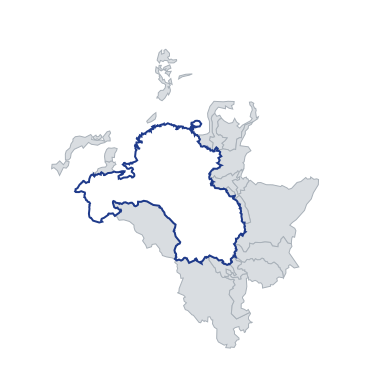 China highlighted, Albers equal-area conic projection, rotated 215°
{"feature_id": "CHN", "entity_name": "China", "entity_type": "country or territory", "adm_level": 0, "iso_a3": "CHN", "parent_name": "Asia", "parent_adm1": "", "projection": "albers", "projection_center": [106.815, 35.887], "detail": "fine", "context": "with_neighbors", "style": "outline", "palette": "blue", "viewbox_px": 384, "rotation_deg": 215, "n_neighbors": 20, "source": "natural_earth", "source_scale": "50m", "svg_char_len": 18957}
<svg xmlns="http://www.w3.org/2000/svg" viewBox="0 0 384 384"><g transform="rotate(215 192 192)"><path d="M166.5,127.0L164.1,129.1L161.9,129.1L160.9,132.9L159.1,134.3L154.3,131.8L150.7,138.2L143.5,138.9L144.1,146.2L142.0,146.7L141.6,148.9L140.0,147.9L139.1,146.1L130.7,143.1L129.6,143.2L126.3,140.3L124.5,140.6L123.3,142.7L119.4,139.8L117.5,139.7L116.3,141.1L109.9,142.4L107.7,144.6L106.7,144.2L106.7,142.2L103.3,140.6L104.0,137.4L102.8,136.8L104.6,133.2L102.6,129.2L94.9,126.6L94.1,122.2L90.0,114.9L82.7,113.6L75.6,126.5L74.3,125.9L74.1,122.2L72.9,120.3L69.7,119.3L68.0,119.8L68.3,118.9L69.8,117.8L70.0,116.4L68.0,113.5L68.8,109.8L68.0,108.1L68.6,107.0L70.7,108.7L72.3,106.3L74.6,107.0L76.4,108.7L78.8,105.7L79.6,103.4L77.2,102.1L75.8,100.1L69.7,99.3L68.9,98.0L70.2,96.5L70.3,93.3L68.6,92.3L68.3,88.9L71.2,87.3L71.0,86.2L75.1,83.9L76.0,87.2L77.8,85.0L84.4,84.3L87.8,86.2L93.0,94.1L96.1,94.0L99.6,95.8L101.6,99.1L102.7,98.4L105.8,100.1L107.2,98.7L104.7,94.6L107.7,94.0L107.7,92.9L110.3,93.0L109.9,89.9L111.4,89.2L120.1,91.8L121.5,91.4L127.5,92.5L130.0,91.8L133.7,94.1L133.0,98.0L135.7,98.0L138.1,100.2L137.2,102.1L139.5,102.6L146.3,101.1L145.1,102.0L147.2,105.7L149.8,116.5L151.6,114.9L154.4,117.9L158.2,117.8L159.3,118.8L160.0,121.3L161.6,122.4L162.3,124.2L165.6,124.4L166.5,127.0Z" fill="#d9dde1" stroke="#a8b0b8" stroke-width="1"/><path d="M75.6,126.5L82.7,113.6L90.0,114.9L94.1,122.2L94.9,126.6L102.6,129.2L104.6,133.2L102.8,136.8L104.0,137.4L103.3,140.6L106.7,142.2L106.7,144.2L107.7,144.6L109.9,142.4L116.3,141.1L116.9,141.8L113.8,143.3L115.2,145.5L117.5,145.3L120.0,148.4L115.5,149.8L112.4,148.4L112.4,147.2L113.6,145.7L109.7,145.1L105.7,148.7L103.5,147.6L102.1,148.9L103.8,150.6L103.3,153.6L100.2,156.7L96.8,154.4L97.8,152.2L92.8,145.9L89.9,139.5L90.4,135.1L89.9,134.1L87.0,132.8L86.4,131.6L87.5,128.6L85.1,125.0L81.9,125.9L79.1,126.0L78.5,128.0L75.6,126.5Z" fill="#d9dde1" stroke="#a8b0b8" stroke-width="1"/><path d="M210.0,269.3L206.3,268.7L201.2,269.2L198.5,272.2L199.3,276.8L195.7,274.9L192.3,274.8L193.1,271.9L189.6,271.7L189.0,275.7L184.8,284.1L184.9,286.8L187.6,287.1L189.1,290.6L189.6,293.7L191.8,295.9L194.4,296.5L196.5,298.5L195.0,299.9L192.2,300.1L191.9,298.3L188.6,296.5L187.8,297.1L186.2,295.6L185.6,293.8L181.7,289.7L180.8,291.8L180.2,289.7L182.4,284.1L187.1,277.2L185.8,273.7L185.7,269.8L182.6,264.7L184.0,264.1L185.6,260.9L180.6,251.8L182.2,251.2L184.3,247.2L186.9,247.3L191.4,245.0L193.0,246.3L193.0,248.7L195.6,249.0L194.4,253.0L194.3,256.4L198.4,254.3L199.5,255.1L201.8,255.0L202.6,253.7L205.5,254.1L208.3,257.3L208.4,261.0L211.5,264.4L211.3,267.6L210.0,269.3Z" fill="#d9dde1" stroke="#a8b0b8" stroke-width="1"/><path d="M218.6,269.6L215.1,268.2L213.3,270.8L210.0,269.3L211.3,267.6L211.5,264.4L208.4,261.0L208.3,257.3L205.5,254.1L202.6,253.7L201.8,255.0L199.5,255.1L198.4,254.3L194.3,256.4L194.4,253.0L195.6,249.0L193.0,248.7L193.0,246.3L191.4,245.0L192.3,243.7L195.6,241.3L195.9,242.3L197.8,242.5L197.5,238.0L199.4,237.5L203.0,244.3L207.5,244.5L208.9,247.9L206.5,248.8L205.3,250.2L209.8,252.6L215.3,260.5L218.3,263.1L219.3,265.8L218.6,269.6Z" fill="#d9dde1" stroke="#a8b0b8" stroke-width="1"/><path d="M191.4,245.0L186.9,247.3L184.3,247.2L182.2,251.2L180.6,251.8L185.6,260.9L184.0,264.1L182.6,264.7L185.7,269.8L185.8,273.7L187.1,277.2L182.4,284.1L182.2,281.3L183.7,278.6L182.5,276.3L183.2,272.3L181.7,270.2L180.6,260.8L179.2,257.5L171.8,261.3L167.4,259.6L169.3,255.0L168.9,251.4L166.6,246.6L167.2,245.3L165.1,244.5L162.9,241.0L163.1,237.9L164.3,238.7L164.8,235.9L166.7,235.3L166.5,233.6L167.5,232.4L168.2,228.4L170.9,229.6L172.9,226.6L173.3,224.7L175.6,221.7L175.8,219.4L180.5,217.2L182.9,218.2L182.9,215.7L184.1,215.1L184.0,213.6L186.0,213.5L187.0,215.9L188.4,217.0L187.8,223.2L184.2,226.2L183.4,230.8L187.2,230.5L187.8,234.2L190.0,235.1L188.7,238.2L192.8,240.7L195.6,239.7L195.6,241.3L192.3,243.7L191.4,245.0Z" fill="#d9dde1" stroke="#a8b0b8" stroke-width="1"/><path d="M206.2,283.3L209.7,281.9L214.0,281.7L212.3,279.4L219.1,276.6L219.5,272.1L218.6,269.6L219.3,265.8L218.3,263.1L215.3,260.5L209.8,252.6L205.3,250.2L206.5,248.8L208.9,247.9L207.5,244.5L203.0,244.3L199.4,237.5L201.4,236.7L207.9,236.5L211.0,234.4L212.7,235.9L216.0,236.6L215.4,238.9L217.2,240.5L220.9,241.5L216.0,244.8L212.8,248.4L212.0,251.1L218.4,260.1L222.0,262.5L224.4,265.5L226.4,272.4L226.0,278.9L218.0,283.9L214.6,286.9L209.4,290.3L208.0,287.9L209.2,285.4L206.2,283.3Z" fill="#d9dde1" stroke="#a8b0b8" stroke-width="1"/><path d="M281.2,148.8L284.1,151.3L283.0,151.3L281.5,154.4L282.3,157.2L279.9,160.6L277.1,162.9L277.1,165.2L280.4,166.9L280.2,167.9L276.9,169.1L276.1,171.1L274.7,171.6L273.1,171.1L272.1,172.4L271.8,171.7L270.1,171.0L271.2,168.6L270.8,167.9L271.1,165.6L270.8,165.0L267.5,164.1L269.4,161.2L272.1,158.4L273.5,155.3L275.1,156.2L277.6,155.9L276.7,153.9L280.6,151.3L281.2,148.8Z" fill="#d9dde1" stroke="#a8b0b8" stroke-width="1"/><path d="M274.7,171.6L276.1,171.1L276.9,169.1L280.2,167.9L280.4,166.9L284.0,170.9L285.3,173.3L286.3,177.8L285.7,180.2L283.1,181.6L281.0,183.7L278.2,184.6L277.5,182.5L277.4,179.5L275.3,175.7L277.4,174.6L274.7,171.6Z" fill="#d9dde1" stroke="#a8b0b8" stroke-width="1"/><path d="M167.6,126.9L170.3,126.7L175.7,124.2L179.8,123.0L181.8,124.5L184.4,124.9L185.8,126.9L191.9,128.7L194.6,126.2L193.8,123.9L196.7,120.1L199.4,121.9L204.5,123.7L204.8,126.6L208.3,128.3L214.0,127.2L216.5,127.7L219.0,129.6L220.6,131.6L226.3,132.0L231.9,130.1L235.5,127.1L237.0,127.4L238.5,128.6L241.5,128.0L239.0,135.1L239.8,136.6L241.3,136.0L243.9,136.3L245.8,134.7L248.0,135.7L250.7,138.1L250.6,139.5L248.5,139.3L244.7,140.3L242.9,141.6L241.2,144.4L237.2,146.3L234.6,148.5L230.2,147.6L228.9,150.3L230.3,153.0L226.5,156.7L223.2,158.2L219.0,158.4L214.4,159.8L211.0,161.9L209.8,160.6L206.3,160.5L202.2,157.9L199.4,157.2L195.6,157.5L186.7,155.9L185.3,153.3L184.5,149.6L182.8,148.9L179.8,146.1L173.2,143.8L172.5,142.0L174.2,137.6L172.9,134.2L169.5,132.1L167.7,129.7L167.6,126.9Z" fill="#d9dde1" stroke="#a8b0b8" stroke-width="1"/><path d="M184.0,213.6L184.1,215.1L182.9,215.7L182.9,218.2L180.5,217.2L175.8,219.4L175.6,221.7L173.3,224.7L172.9,226.6L170.9,229.6L168.2,228.4L167.5,232.4L166.5,233.6L166.7,235.3L164.8,235.9L163.8,229.5L162.8,229.4L161.9,231.8L160.2,229.5L161.6,227.4L163.3,227.5L165.4,224.4L163.5,223.4L157.0,221.9L157.1,219.2L155.5,218.7L153.1,216.5L151.4,218.9L153.5,221.4L151.1,222.5L150.0,223.7L152.0,225.2L151.0,227.4L151.7,230.5L151.7,233.7L150.9,235.1L143.8,234.5L143.5,237.4L141.1,239.2L135.3,240.6L130.1,244.1L122.5,247.3L122.1,249.0L116.2,249.9L114.4,249.6L112.5,252.1L111.4,260.1L108.8,263.0L107.1,269.1L105.0,268.7L102.5,270.8L103.4,272.4L99.4,272.3L97.4,274.3L95.5,274.8L92.7,270.4L92.1,260.9L90.3,254.7L91.0,247.5L89.3,241.5L90.8,229.0L92.3,224.6L92.9,220.9L87.0,221.2L84.7,219.9L82.0,213.8L84.1,213.1L83.7,211.3L81.0,206.6L84.2,205.1L91.5,207.9L92.0,204.5L90.9,202.0L91.6,199.0L90.1,196.5L95.1,194.0L98.8,195.7L103.5,193.0L106.8,189.9L111.2,187.1L112.0,184.4L115.4,183.1L113.5,180.4L113.4,173.8L115.4,172.7L119.7,175.1L123.2,175.6L127.1,173.3L129.0,178.7L127.8,181.8L128.5,184.1L127.8,186.0L125.7,184.9L125.4,189.3L131.5,196.5L129.0,197.7L126.8,201.0L136.0,209.2L140.5,210.8L142.0,213.2L148.5,215.8L151.4,216.3L152.6,210.7L154.8,210.3L154.5,214.2L157.3,216.2L159.6,215.9L165.3,217.0L165.9,214.6L164.7,213.2L167.5,213.1L170.9,210.6L175.1,208.6L177.8,209.9L180.4,208.5L181.7,211.1L180.4,212.6L184.0,213.6Z" fill="#d9dde1" stroke="#a8b0b8" stroke-width="1"/><path d="M164.8,235.9L164.3,238.7L163.1,237.9L162.9,241.0L161.8,234.9L160.7,232.5L157.4,231.8L157.5,233.4L156.0,235.4L154.6,234.3L153.9,234.9L151.7,233.7L151.7,230.5L151.0,227.4L152.0,225.2L150.0,223.7L151.1,222.5L153.5,221.4L151.4,218.9L153.1,216.5L155.5,218.7L157.1,219.2L157.0,221.9L163.5,223.4L165.4,224.4L163.3,227.5L161.6,227.4L160.2,229.5L161.9,231.8L162.8,229.4L163.8,229.5L164.8,235.9Z" fill="#d9dde1" stroke="#a8b0b8" stroke-width="1"/><path d="M163.3,211.9L165.9,214.6L165.3,217.0L159.6,215.9L157.3,216.2L154.5,214.2L154.6,213.4L157.3,210.9L159.3,210.2L163.3,211.9Z" fill="#d9dde1" stroke="#a8b0b8" stroke-width="1"/><path d="M152.6,210.7L151.4,216.3L148.5,215.8L142.0,213.2L140.5,210.8L136.0,209.2L126.8,201.0L129.0,197.7L133.1,196.0L135.4,197.8L138.1,201.1L139.8,202.1L140.5,204.2L142.9,205.6L145.2,207.9L152.6,210.7Z" fill="#d9dde1" stroke="#a8b0b8" stroke-width="1"/><path d="M127.1,173.3L123.2,175.6L119.7,175.1L115.4,172.7L113.4,173.8L113.5,180.4L115.4,183.1L112.0,184.4L111.2,187.1L106.8,189.9L103.5,193.0L98.8,195.7L95.1,194.0L90.1,196.5L91.6,199.0L90.9,202.0L92.0,204.5L91.5,207.9L84.2,205.1L81.0,206.6L78.9,204.7L79.0,201.7L77.7,197.9L61.5,191.9L64.7,188.4L70.1,188.7L70.6,187.0L69.3,185.7L70.8,182.5L68.6,179.5L67.8,174.1L72.0,178.4L75.3,179.3L76.9,180.6L77.9,180.1L79.9,181.4L84.6,181.6L86.0,178.5L88.6,177.2L90.8,178.1L91.6,177.2L94.1,177.7L95.1,178.5L96.7,177.9L97.4,175.6L99.6,173.9L101.8,173.7L101.6,170.8L104.4,172.0L105.7,170.9L106.1,169.4L108.2,168.4L108.4,164.6L110.7,163.6L121.2,164.5L122.7,167.0L122.7,170.2L127.1,173.3Z" fill="#d9dde1" stroke="#a8b0b8" stroke-width="1"/><path d="M96.8,154.4L98.4,155.1L100.8,157.5L103.4,157.2L104.0,158.3L105.6,156.9L107.3,157.7L108.8,155.9L110.5,155.1L111.7,156.5L111.0,157.5L111.8,158.0L110.4,161.1L111.0,162.7L113.7,162.4L116.1,161.3L121.0,163.3L121.2,164.5L110.7,163.6L108.4,164.6L108.2,168.4L106.1,169.4L105.7,170.9L104.4,172.0L101.6,170.8L101.8,173.7L99.6,173.9L97.4,175.6L96.7,177.9L95.1,178.5L94.1,177.7L91.6,177.2L90.8,178.1L88.6,177.2L86.0,178.5L84.6,181.6L79.9,181.4L77.9,180.1L76.9,180.6L75.3,179.3L72.0,178.4L67.8,174.1L72.1,172.2L73.0,169.8L71.1,168.1L72.4,162.4L74.6,161.1L73.6,159.9L79.1,153.8L81.3,156.5L83.6,157.1L85.0,155.7L87.5,156.2L89.6,155.8L91.4,153.1L94.1,153.5L95.1,152.4L96.8,154.4Z" fill="#d9dde1" stroke="#a8b0b8" stroke-width="1"/><path d="M100.2,156.7L103.3,153.6L103.8,150.6L102.1,148.9L103.5,147.6L105.7,148.7L109.7,145.1L113.6,145.7L112.4,147.2L112.4,148.4L113.6,148.7L112.1,149.5L109.4,147.7L108.3,149.7L111.4,150.6L114.4,153.1L119.9,154.4L119.4,158.2L120.4,158.1L121.9,159.5L121.0,163.3L116.1,161.3L113.7,162.4L111.0,162.7L110.4,161.1L111.8,158.0L111.0,157.5L111.7,156.5L110.5,155.1L108.8,155.9L107.3,157.7L105.6,156.9L104.0,158.3L103.4,157.2L100.8,157.5L100.2,156.7Z" fill="#d9dde1" stroke="#a8b0b8" stroke-width="1"/><path d="M116.3,141.1L117.5,139.7L119.4,139.8L123.3,142.7L124.5,140.6L126.3,140.3L129.6,143.2L130.7,143.1L139.1,146.1L140.0,147.9L141.6,148.9L140.9,149.7L136.0,150.5L134.6,151.8L130.9,151.1L129.1,153.2L126.3,151.8L124.1,151.9L120.9,152.8L121.0,153.8L119.9,154.4L114.4,153.1L111.4,150.6L108.3,149.7L109.4,147.7L112.1,149.5L113.6,148.7L115.5,149.8L120.0,148.4L117.5,145.3L115.2,145.5L113.8,143.3L116.9,141.8L116.3,141.1Z" fill="#d9dde1" stroke="#a8b0b8" stroke-width="1"/><path d="M269.7,224.0L268.2,232.9L267.1,236.3L264.8,233.3L264.0,230.5L265.6,226.4L268.0,223.0L269.7,224.0Z" fill="#d9dde1" stroke="#a8b0b8" stroke-width="1"/><path d="M274.4,272.8L270.0,268.7L273.4,268.4L275.0,269.5L274.4,272.8ZM280.3,281.3L281.8,279.0L281.9,276.7L284.1,276.1L283.8,278.6L286.2,274.6L286.4,278.1L283.2,283.4L280.3,281.3ZM296.2,280.0L298.9,287.3L298.2,290.8L296.0,287.5L294.4,289.6L296.2,292.0L295.3,293.9L290.0,292.7L288.4,290.4L289.3,288.4L286.4,287.2L285.4,288.9L283.4,289.1L280.6,291.6L279.8,290.6L280.9,287.4L285.4,284.2L287.1,285.6L290.1,284.1L290.5,282.3L293.3,281.7L292.6,279.0L296.2,280.0ZM264.6,284.9L259.5,288.9L261.2,286.2L266.1,280.8L267.8,276.9L268.9,279.8L264.6,284.9ZM275.1,249.7L274.8,251.4L276.5,253.9L276.0,257.2L273.9,258.8L273.7,261.9L275.1,264.7L277.2,264.8L278.8,264.1L284.1,265.3L284.0,267.4L285.5,268.1L285.4,269.8L282.0,268.6L280.2,266.9L279.4,268.4L276.6,266.6L273.1,267.6L271.0,267.1L271.0,265.5L272.1,264.4L270.8,263.7L270.5,265.1L268.2,263.2L267.4,261.7L266.8,258.1L268.5,259.1L268.1,253.2L268.9,249.6L271.2,249.3L273.6,250.0L274.6,248.8L275.1,249.7ZM277.9,275.3L277.0,273.6L279.6,274.4L282.2,274.0L282.3,275.5L278.3,278.9L277.9,275.3ZM291.3,270.2L293.2,274.0L289.9,273.7L291.6,276.9L289.8,278.1L289.2,275.6L288.0,275.6L286.9,273.5L289.3,273.4L289.0,272.0L286.1,269.6L289.9,269.0L291.3,270.2Z" fill="#d9dde1" stroke="#a8b0b8" stroke-width="1"/><path d="M318.5,153.4L317.3,158.2L318.7,162.0L318.7,165.4L319.9,167.1L319.3,170.3L316.1,173.4L310.9,175.4L307.9,181.0L305.4,180.2L304.4,177.4L299.4,179.7L296.2,182.5L292.6,183.5L296.5,185.5L296.1,192.6L294.4,194.8L292.5,193.6L292.4,190.0L290.2,189.3L288.3,186.9L290.9,185.0L292.0,182.2L294.5,179.4L296.1,176.2L301.8,173.4L305.2,173.3L306.2,165.5L308.7,166.7L312.9,159.5L313.1,154.3L311.1,150.2L311.5,147.4L314.1,145.7L317.5,150.4L318.5,153.4ZM319.1,132.8L320.3,130.5L322.5,134.4L319.1,137.0L318.2,141.6L313.0,140.6L313.0,145.2L310.0,146.3L308.4,142.7L308.7,139.4L311.4,138.2L310.0,129.6L314.5,132.3L319.1,132.8ZM297.3,184.0L298.4,181.3L300.3,181.2L301.1,179.3L303.6,179.5L304.4,180.7L303.3,183.5L301.7,182.6L300.3,183.9L300.1,186.4L297.8,185.9L297.3,184.0Z" fill="#d9dde1" stroke="#a8b0b8" stroke-width="1"/><path d="M220.6,241.6L219.8,241.1L218.3,241.3L216.9,240.0L215.8,239.8L215.4,237.8L216.2,236.7L213.9,236.0L212.8,236.1L210.8,234.5L209.3,235.2L208.6,236.5L207.5,236.9L206.6,236.5L205.9,237.5L204.7,236.5L204.3,237.2L203.6,236.5L202.4,237.7L200.6,236.5L199.3,237.9L197.8,237.4L197.0,238.2L197.7,239.9L197.6,242.5L195.8,242.3L195.3,240.1L193.5,241.1L191.8,240.9L191.1,238.8L188.5,238.1L189.9,235.0L187.6,234.0L187.2,231.1L187.8,230.3L185.6,230.2L183.2,230.7L183.9,229.6L183.4,227.9L184.2,227.1L184.6,225.6L187.8,223.4L187.5,222.6L188.0,222.2L188.3,220.2L188.3,216.7L187.6,216.3L187.1,216.7L186.6,214.3L185.2,212.8L184.8,212.7L184.0,213.8L181.6,212.6L180.5,212.7L181.7,211.4L181.3,210.2L180.2,210.6L180.3,210.0L181.1,209.4L180.1,208.5L177.8,209.9L175.3,208.5L172.2,210.4L170.4,210.6L168.1,212.4L168.0,213.0L165.6,213.5L164.4,213.2L164.6,212.5L163.4,211.7L162.5,212.0L158.9,210.1L157.3,210.8L154.8,213.4L154.5,212.5L155.0,210.6L154.5,210.2L150.9,210.6L149.3,210.2L147.8,208.8L146.9,209.3L146.2,208.4L145.5,209.1L144.8,207.5L142.9,206.9L143.3,205.9L142.1,205.7L140.5,204.0L140.4,202.7L138.6,202.4L137.6,200.4L135.0,197.9L134.7,196.8L132.7,196.2L131.4,197.1L130.4,195.3L129.0,194.3L129.1,193.4L127.0,191.7L126.4,190.1L125.2,190.2L125.9,187.6L125.4,185.2L126.5,185.2L126.9,186.3L128.0,186.0L128.4,183.3L127.8,181.8L128.1,179.7L129.2,178.9L127.5,176.9L127.3,174.4L127.7,173.5L124.9,172.4L123.8,171.3L123.7,170.6L122.5,170.5L122.0,169.4L122.6,168.2L122.6,167.0L121.4,166.3L121.4,165.6L118.9,163.8L121.4,163.5L121.0,162.5L121.8,159.4L120.6,157.9L119.7,158.1L119.1,157.6L119.8,154.3L120.7,154.1L120.8,153.2L121.5,152.4L124.2,152.1L124.4,151.5L126.6,151.6L126.6,153.0L128.4,153.4L130.8,151.3L134.3,152.1L135.3,151.2L136.5,150.8L141.2,150.1L141.6,147.6L142.9,147.1L142.7,146.4L143.9,146.2L143.7,142.3L144.1,140.5L144.6,140.0L143.2,138.9L148.5,138.4L149.0,139.3L150.5,139.9L151.0,138.8L150.4,137.9L153.7,132.3L156.1,133.7L157.8,134.1L158.0,134.7L160.0,134.2L160.6,133.6L160.8,131.0L161.6,129.6L163.9,129.2L165.2,127.2L167.6,127.4L167.6,128.1L167.2,128.4L167.9,129.3L167.6,129.8L168.8,130.7L168.9,131.4L169.9,132.4L171.1,132.5L173.0,134.3L174.2,138.9L173.7,140.0L173.8,140.9L172.5,142.8L172.9,144.2L179.9,146.2L182.9,148.9L184.6,149.4L184.4,150.4L185.0,150.8L185.6,153.5L186.8,155.9L189.2,155.9L195.5,157.3L197.0,157.0L201.2,157.8L203.0,159.4L205.6,160.1L207.4,161.2L209.7,160.7L209.7,161.6L211.1,161.9L216.2,159.2L223.5,158.5L226.5,157.1L228.1,154.7L230.6,153.1L229.0,150.6L229.5,148.8L230.3,147.8L231.7,147.7L232.5,148.4L235.0,148.8L236.3,147.8L237.4,146.0L240.5,145.5L241.8,144.3L242.5,142.0L244.6,141.5L244.8,140.6L245.6,140.8L248.4,139.5L249.8,139.9L251.2,139.5L251.2,138.8L250.5,137.7L246.9,134.9L245.0,135.1L244.1,136.5L242.4,135.8L241.1,136.0L240.3,136.7L239.4,136.1L239.1,135.1L239.8,134.6L239.7,133.3L241.5,128.2L244.6,129.1L246.0,127.7L247.9,126.6L248.0,125.7L247.5,125.3L249.2,120.5L250.6,118.3L250.1,116.6L248.5,116.2L250.5,113.8L256.6,111.8L259.8,112.9L260.3,112.5L261.8,112.8L264.0,115.1L266.4,119.5L267.6,120.8L268.0,122.1L268.7,122.5L268.9,124.1L270.2,124.7L272.0,124.2L273.1,124.9L274.1,124.6L276.3,126.1L277.3,126.0L277.5,126.9L278.4,127.8L278.5,129.0L279.5,130.1L283.2,129.1L284.5,127.1L287.2,125.3L288.2,125.5L288.2,126.5L289.0,127.5L288.0,129.5L288.3,133.7L287.8,135.3L287.9,136.4L287.3,137.0L287.5,138.5L287.1,139.0L284.0,138.6L283.2,140.2L282.1,141.0L283.6,143.8L284.3,146.5L284.2,148.4L282.6,149.5L283.1,149.8L283.1,150.2L282.1,149.6L281.9,149.0L280.9,148.8L280.9,151.1L279.8,151.5L279.1,153.2L276.7,153.9L277.7,155.3L277.5,156.2L274.6,156.2L273.8,155.4L273.2,155.8L271.7,159.3L268.9,161.7L267.5,164.1L265.7,164.6L263.5,166.1L261.4,168.7L260.5,169.0L260.5,169.5L259.1,170.3L258.9,169.6L260.4,168.6L260.2,168.1L260.7,167.4L259.1,167.6L259.0,167.0L259.6,166.5L259.5,165.7L260.3,165.2L261.3,162.8L259.8,161.1L259.6,161.7L257.9,161.7L256.3,164.6L253.4,166.9L252.4,169.4L250.5,170.1L249.6,169.5L248.9,170.0L248.4,171.8L248.9,172.8L250.0,173.7L252.9,173.9L253.5,175.2L253.3,176.7L254.4,177.4L255.8,177.1L257.0,174.8L258.4,174.0L261.3,175.1L262.5,174.6L264.4,174.9L264.0,176.3L264.3,176.7L263.8,177.3L262.5,177.0L260.0,178.7L259.3,178.7L259.6,179.5L259.1,179.7L259.0,180.8L258.3,181.2L258.0,180.6L257.6,180.7L257.3,181.1L258.0,181.5L255.7,184.6L255.1,186.5L258.9,188.3L261.5,193.0L261.6,194.5L263.3,195.2L263.8,196.2L265.2,197.0L265.4,197.8L265.1,197.8L263.7,197.4L262.4,197.5L260.9,196.8L259.4,197.7L261.5,197.2L261.9,197.8L265.0,199.4L265.7,200.3L265.9,200.8L264.5,201.6L263.0,203.4L261.6,203.6L260.8,204.3L261.7,203.9L262.3,204.5L264.3,203.6L265.8,204.6L267.2,204.9L265.6,206.7L266.7,205.9L267.1,206.4L267.1,207.8L266.4,207.5L265.6,208.1L266.5,208.7L266.0,208.8L266.5,209.1L265.9,210.0L266.6,211.3L265.5,211.7L265.0,211.4L264.5,212.6L263.8,212.8L264.2,213.2L263.5,214.6L263.7,215.2L262.2,218.5L261.6,218.7L261.3,217.8L261.0,218.3L260.5,218.2L261.8,219.8L260.5,221.1L259.3,220.9L260.1,221.5L261.0,221.2L261.4,223.6L259.8,223.5L260.3,224.4L259.2,224.6L259.1,225.7L258.2,226.2L258.3,227.0L256.3,227.2L255.5,227.9L256.4,228.7L255.0,230.5L254.5,230.5L254.2,231.5L253.9,231.1L253.2,231.7L252.6,231.5L251.2,234.4L248.3,235.0L247.8,235.6L246.7,235.3L245.5,236.2L244.7,235.7L244.5,236.6L242.5,236.8L241.0,235.5L240.9,234.5L240.6,234.6L239.9,235.4L240.8,236.6L240.9,238.0L239.5,238.7L239.2,238.2L238.8,239.4L237.5,240.0L236.6,239.3L236.5,240.2L235.1,239.8L233.9,241.0L231.8,241.3L230.2,242.5L229.6,242.1L228.7,243.6L229.5,244.0L229.3,244.7L230.1,245.2L229.5,246.1L227.7,245.9L228.1,245.6L226.9,243.8L227.8,241.6L226.4,240.8L226.4,241.4L224.9,241.9L224.7,241.2L223.5,241.1L222.4,240.1L222.5,241.1L221.9,240.9L220.6,241.6ZM231.5,247.2L232.1,248.5L230.7,249.9L230.1,252.1L228.7,253.3L226.6,254.2L223.5,253.1L223.3,250.1L225.5,248.3L225.2,248.3L225.5,247.8L228.9,247.1L230.4,247.3L230.6,246.7L231.5,247.2ZM265.5,198.6L264.4,198.5L263.3,197.7L264.1,197.7L265.5,198.6ZM267.9,204.4L267.0,204.3L266.7,203.8L267.8,204.0L267.9,204.4ZM262.0,222.7L261.6,223.4L261.6,222.6L262.0,222.7ZM229.1,243.4L230.0,243.0L230.0,243.5L229.1,243.4Z" fill="none" stroke="#1e3a8a" stroke-width="2"/></g></svg>